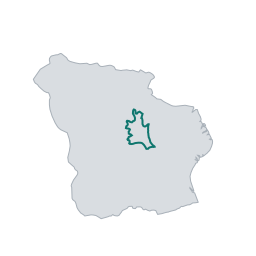 where Nassarawa sits in Nigeria, rotated 251°
{"feature_id": "NGA-2867", "entity_name": "Nassarawa", "entity_type": "State", "adm_level": 1, "iso_a3": "NGA", "parent_name": "Nigeria", "parent_adm1": "", "projection": "albers", "projection_center": [8.322, 8.561], "detail": "fine", "context": "in_parent", "style": "outline", "palette": "teal", "viewbox_px": 256, "rotation_deg": 251, "n_neighbors": 0, "source": "natural_earth", "source_scale": "10m", "svg_char_len": 5414}
<svg xmlns="http://www.w3.org/2000/svg" viewBox="0 0 256 256"><g transform="rotate(251 128 128)"><path d="M204.9,54.4L212.1,64.2L213.7,71.5L214.3,75.1L215.5,75.5L217.7,75.7L219.3,76.4L220.3,77.6L220.9,78.7L221.0,79.3L220.6,83.8L220.1,85.4L220.4,87.5L220.4,88.5L220.1,89.1L219.2,89.8L217.8,90.6L214.6,92.7L213.7,93.0L212.4,93.1L211.2,93.7L209.9,94.8L206.9,99.1L204.4,103.4L202.6,110.2L200.4,112.4L200.0,114.3L199.7,118.6L199.4,119.9L199.0,120.3L196.6,121.1L195.2,122.1L194.4,124.1L193.4,130.7L193.0,131.8L192.3,132.9L191.0,134.2L190.0,134.9L187.2,135.3L184.5,140.3L184.5,141.2L183.4,145.7L181.4,149.1L181.2,151.3L178.7,154.3L177.4,156.4L178.8,158.5L178.9,158.8L174.5,162.5L174.2,163.0L174.1,165.5L173.7,166.2L172.9,167.1L171.7,168.1L170.5,168.9L169.2,169.4L167.9,169.6L167.1,169.3L166.7,168.6L165.9,165.5L165.5,164.9L164.7,164.3L161.3,161.0L159.2,159.8L158.7,159.9L158.4,160.2L157.8,161.9L157.3,162.5L156.2,162.8L154.3,162.8L152.9,162.6L152.6,162.2L151.9,160.9L147.7,164.0L146.2,164.7L144.4,168.3L141.7,170.1L139.9,171.7L134.9,176.6L134.0,178.0L133.0,180.2L130.9,189.4L127.5,195.2L127.0,196.4L126.8,196.3L126.4,196.9L125.0,196.5L124.5,195.5L123.6,195.3L122.2,193.7L121.9,194.0L123.4,198.0L122.9,199.5L118.7,199.5L115.1,200.1L112.6,200.0L111.4,199.4L110.8,198.0L110.6,198.1L110.5,198.9L109.7,199.5L106.9,199.6L105.7,198.6L104.7,197.5L103.6,197.0L103.8,197.5L105.0,198.6L104.9,200.2L102.6,202.0L101.2,202.1L100.3,201.3L99.9,200.0L99.7,198.1L99.1,196.8L98.8,196.8L99.1,198.9L99.1,200.9L100.2,202.4L98.6,202.8L96.6,202.9L96.4,202.3L96.1,201.1L95.8,200.7L95.4,202.9L91.3,203.4L90.8,203.3L90.6,202.9L91.0,202.4L90.9,201.4L90.0,202.1L89.8,203.6L89.3,203.8L87.8,203.6L86.1,202.9L83.4,201.0L80.1,197.9L79.6,196.6L78.6,194.9L76.9,190.3L77.3,190.1L78.0,190.4L78.4,189.9L77.0,189.6L76.7,189.3L76.7,188.3L76.7,187.0L78.8,186.4L79.3,185.6L79.6,184.9L77.0,186.0L74.6,184.7L74.1,183.9L74.4,183.3L77.2,183.3L78.2,182.7L77.5,182.5L76.5,182.5L76.1,182.1L76.1,181.2L75.8,181.4L75.3,182.2L73.7,182.8L72.7,182.2L72.6,180.8L72.4,180.2L71.6,179.7L68.8,176.1L65.3,173.0L62.1,170.9L57.3,169.9L47.3,169.8L46.7,169.5L47.3,169.0L48.2,168.7L51.5,167.1L50.9,166.8L47.5,167.9L46.4,167.9L44.9,169.9L35.0,170.2L35.0,169.3L35.5,166.7L36.1,164.9L35.5,162.6L35.4,160.6L35.8,160.0L35.9,159.2L35.9,154.0L36.4,153.3L36.5,152.8L35.5,150.5L35.5,148.8L35.3,147.2L35.0,146.5L35.5,140.1L35.4,138.6L35.7,137.5L35.9,134.8L36.0,132.1L36.7,127.9L40.9,127.4L41.9,125.8L42.6,123.7L42.4,121.6L43.8,119.8L45.5,118.2L45.4,116.5L45.9,115.9L46.7,115.5L47.8,115.3L49.1,114.5L49.8,112.9L50.5,110.5L49.4,108.8L49.5,108.4L49.9,107.5L50.5,106.6L51.1,106.3L52.3,106.5L52.7,106.2L53.5,103.5L53.4,102.7L52.3,100.9L51.8,96.0L51.4,95.3L50.6,94.4L48.3,90.9L48.3,89.3L49.3,87.2L50.0,86.2L50.9,85.7L51.1,85.2L50.8,84.6L50.4,84.1L50.3,83.2L50.8,81.9L50.6,80.4L51.0,73.1L52.9,71.6L55.7,69.2L57.1,66.7L57.9,64.8L58.9,58.5L60.3,57.8L63.1,55.6L66.9,54.3L69.3,53.9L73.6,54.2L75.8,54.0L77.7,52.7L78.5,52.4L79.7,52.2L90.3,55.5L91.3,55.4L92.1,55.6L93.4,56.5L96.6,59.6L99.9,64.3L100.9,65.4L101.9,65.9L103.0,66.1L103.8,66.0L104.5,65.6L105.6,64.7L107.1,64.3L108.4,64.4L115.1,60.7L115.7,60.7L119.8,61.5L125.4,65.1L129.9,67.5L133.1,68.3L136.9,68.9L143.3,69.0L148.2,63.9L149.9,62.8L152.1,61.8L156.6,60.8L164.0,60.1L171.0,60.3L175.4,61.2L180.0,62.8L182.0,64.4L185.1,64.6L187.3,64.3L188.0,62.7L190.2,60.6L193.6,58.6L196.3,57.2L198.5,56.6L200.5,55.0L202.1,54.5L204.9,54.4ZM107.2,201.7L105.6,202.2L104.6,202.0L106.0,200.0L106.7,200.4L107.6,200.6L107.2,201.7Z" fill="#d9dde1" stroke="#a8b0b8" stroke-width="1"/><path d="M143.6,139.5L143.1,140.2L142.5,140.6L142.1,140.6L141.6,140.6L141.1,140.4L140.7,140.4L140.3,140.2L139.6,139.9L139.2,140.1L138.9,140.4L138.8,140.8L138.7,141.3L139.5,142.4L139.6,143.2L139.6,143.5L139.7,144.2L139.4,144.5L137.1,146.0L136.6,146.4L133.6,144.2L133.6,144.3L133.0,144.4L131.3,144.3L130.2,144.1L127.0,143.0L125.0,143.2L124.1,144.0L123.8,145.1L124.2,146.2L124.9,147.8L125.0,148.4L124.8,148.7L124.7,148.6L124.3,148.5L124.0,148.2L123.2,147.8L122.9,147.4L122.4,147.3L121.9,147.2L121.4,147.1L120.6,146.6L120.1,146.5L118.8,146.2L118.6,146.1L117.8,145.7L117.2,145.5L116.1,145.4L115.6,145.3L114.8,145.0L113.8,144.9L113.0,144.7L112.8,144.6L112.6,144.6L110.4,144.8L107.6,144.6L107.1,144.6L103.9,145.7L103.1,146.2L103.1,146.3L102.7,146.6L102.1,146.9L101.8,147.1L101.6,147.1L101.7,146.4L101.8,145.8L102.1,145.3L102.3,144.8L102.6,142.5L102.5,141.5L101.8,140.1L102.2,139.1L102.3,138.6L104.5,138.2L106.8,137.6L108.8,136.6L109.5,135.9L110.0,135.0L110.7,133.1L111.4,129.9L111.4,128.4L111.4,127.4L111.8,125.7L112.1,125.2L112.4,125.0L112.5,124.7L112.5,124.4L112.9,124.2L113.1,124.6L113.5,124.8L114.0,124.7L114.4,125.0L114.6,125.1L114.9,125.1L115.4,125.3L116.0,125.1L116.6,124.0L117.5,123.8L118.0,124.3L118.2,124.6L118.2,125.0L118.7,125.5L119.3,125.8L119.4,127.7L119.8,129.2L121.1,128.5L122.0,127.3L122.4,126.9L122.9,127.1L124.3,127.4L124.9,128.3L125.3,128.6L125.5,128.9L125.8,129.3L126.5,129.2L127.1,128.5L127.6,127.7L128.0,126.7L128.6,126.0L129.5,126.5L130.3,127.1L130.5,128.1L131.3,128.9L132.3,129.1L133.3,129.1L133.6,129.0L133.9,128.9L134.3,128.8L134.8,129.1L135.1,129.4L135.0,129.9L134.7,130.4L134.1,131.3L133.7,131.7L133.1,131.9L132.8,132.4L132.4,132.9L132.1,133.6L132.4,134.4L132.8,134.9L132.9,135.5L132.8,136.3L133.2,137.0L134.5,137.6L135.4,137.9L136.9,137.9L138.3,137.7L139.3,137.4L140.3,137.4L142.1,138.2L143.0,138.7L143.6,139.5Z" fill="none" stroke="#0f766e" stroke-width="2"/></g></svg>